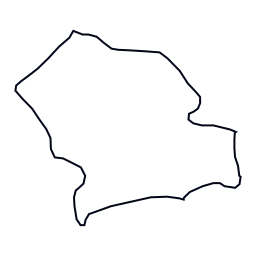 Konče, Robinson projection
{"feature_id": "MKD-2932", "entity_name": "Konče", "entity_type": "Statistical Region", "adm_level": 1, "iso_a3": "MKD", "parent_name": "North Macedonia", "parent_adm1": "", "projection": "robinson", "projection_center": [22.386, 41.511], "detail": "fine", "context": "isolated", "style": "outline", "palette": "ink", "viewbox_px": 256, "rotation_deg": 0, "n_neighbors": 0, "source": "natural_earth", "source_scale": "10m", "svg_char_len": 1013}
<svg xmlns="http://www.w3.org/2000/svg" viewBox="0 0 256 256"><path d="M52.2,151.8L50.9,149.0L50.5,138.0L46.2,129.0L39.8,120.1L32.1,108.6L22.3,98.6L16.4,91.8L15.4,90.7L16.2,85.5L21.0,81.3L29.5,75.0L37.6,68.7L48.4,58.2L59.1,46.6L69.4,37.7L73.3,30.9L82.5,34.5L88.4,34.5L96.6,36.7L103.9,42.9L111.6,48.7L118.4,49.8L129.1,50.3L146.7,51.4L159.6,52.4L167.3,58.2L179.7,70.8L187.8,83.4L196.2,92.3L200.1,97.0L200.1,103.3L197.9,108.6L193.6,111.7L189.0,113.8L188.5,119.6L193.3,123.3L201.8,125.4L213.4,125.4L230.1,129.5L235.9,131.9L234.8,132.7L234.4,139.5L234.4,147.9L235.0,156.9L238.0,165.8L239.3,175.8L240.6,176.8L239.5,184.2L235.2,187.8L224.5,186.2L219.9,183.1L213.4,183.1L202.7,186.2L189.8,192.0L183.9,197.8L183.7,199.6L179.1,198.3L167.1,196.7L150.8,197.3L127.6,202.5L111.0,206.2L89.0,214.1L85.6,219.8L84.4,225.1L80.5,225.1L79.3,223.2L76.6,219.3L74.5,206.2L74.0,197.3L75.8,190.4L78.3,188.4L83.5,183.6L85.2,175.8L80.9,167.4L73.7,163.7L63.0,158.4L54.8,157.4L52.2,151.8Z" fill="none" stroke="#020617" stroke-width="2"/></svg>